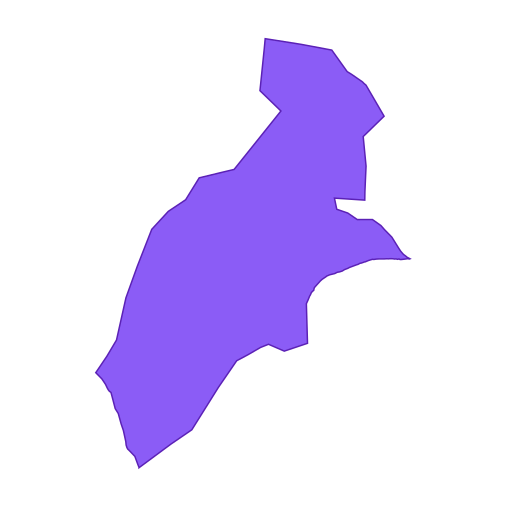 Ulaanbadrax, Dornogovi, Mongolia (Robinson projection), rotated 93°
{"feature_id": "93677404B39567597499991", "entity_name": "Ulaanbadrax", "entity_type": "district", "adm_level": 2, "iso_a3": "MNG", "parent_name": "Mongolia", "parent_adm1": "Dornogovi", "projection": "robinson", "projection_center": [110.399, 43.942], "detail": "fine", "context": "isolated", "style": "filled", "palette": "violet", "viewbox_px": 512, "rotation_deg": 93, "n_neighbors": 0, "source": "geoboundaries", "source_scale": "gbopen_adm2", "svg_char_len": 1943}
<svg xmlns="http://www.w3.org/2000/svg" viewBox="0 0 512 512"><g transform="rotate(93 256 256)"><path d="M250.7,102.1L249.3,105.1L248.2,106.5L246.7,108.8L245.4,110.1L243.6,111.8L240.6,114.0L230.1,121.3L223.0,129.0L219.1,132.8L213.5,141.6L214.3,156.8L208.3,166.6L205.1,177.8L194.1,180.7L194.5,150.3L186.0,150.6L174.3,150.7L160.5,150.8L131.1,155.2L109.7,135.4L79.6,155.1L79.3,155.5L78.2,157.0L77.4,157.9L77.0,158.3L76.6,158.7L73.4,163.9L71.9,166.3L69.5,170.2L67.1,174.6L46.4,191.1L42.3,221.8L38.5,258.2L48.5,258.6L90.7,260.7L109.9,238.7L170.7,282.4L174.1,294.0L180.9,316.8L203.5,329.2L216.0,345.9L234.8,361.5L272.5,374.0L304.6,383.7L347.2,390.9L363.8,399.6L380.9,409.9L386.8,403.5L388.5,402.2L392.0,399.6L392.7,399.2L394.0,398.5L395.3,397.8L395.5,397.7L397.4,396.5L398.8,395.3L399.8,393.7L404.4,392.2L415.8,388.6L420.5,385.3L430.7,381.9L437.2,379.3L443.8,377.5L448.2,376.3L450.9,375.9L451.6,375.8L454.0,374.9L455.5,374.0L456.6,372.7L462.4,366.5L471.0,362.8L471.4,362.6L473.4,361.7L473.5,361.7L448.2,331.0L432.9,311.0L389.2,286.7L361.6,269.8L355.1,259.0L347.1,246.7L343.5,238.9L349.5,222.8L340.5,200.0L301.0,203.2L299.2,202.5L297.2,201.7L293.1,200.3L291.9,199.6L291.3,199.4L290.2,199.0L289.6,198.8L289.2,198.4L288.3,197.7L287.4,196.7L287.1,196.5L286.6,196.5L284.6,196.1L283.7,195.4L281.8,193.9L279.5,192.0L277.6,190.5L275.8,188.7L273.1,185.1L272.4,184.4L271.9,183.4L270.9,181.4L269.4,176.4L268.0,174.0L267.5,171.7L266.5,169.1L264.9,166.8L263.5,163.6L262.6,162.2L261.0,158.5L259.4,154.8L259.1,153.8L257.8,151.7L257.6,150.6L256.9,148.8L256.3,147.5L256.1,146.5L255.6,145.5L254.6,143.4L253.9,141.5L253.2,139.5L253.3,138.2L252.8,135.8L252.5,133.2L252.4,131.3L252.2,127.8L251.9,125.2L251.9,123.5L251.7,122.4L251.6,120.4L251.6,118.9L251.8,117.6L251.6,116.2L251.7,115.4L251.9,114.4L251.7,113.8L251.5,113.1L251.7,112.5L252.0,111.9L251.9,110.7L251.3,107.1L250.7,104.1L251.0,102.8L250.7,102.1Z" fill="#8b5cf6" stroke="#5b21b6" stroke-width="1.5"/></g></svg>